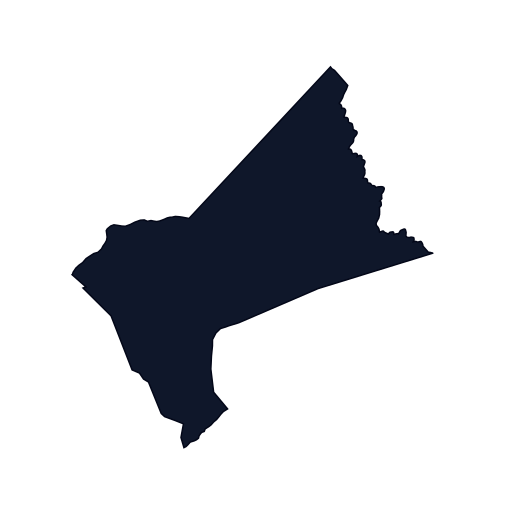 Mongomo, Wele-Nzás, Equatorial Guinea (Equal Earth projection), rotated 223°
{"feature_id": "11065452B93694652116414", "entity_name": "Mongomo", "entity_type": "district", "adm_level": 2, "iso_a3": "GNQ", "parent_name": "Equatorial Guinea", "parent_adm1": "Wele-Nzás", "projection": "equal_earth", "projection_center": [11.198, 1.625], "detail": "fine", "context": "isolated", "style": "filled", "palette": "ink", "viewbox_px": 512, "rotation_deg": 223, "n_neighbors": 0, "source": "geoboundaries", "source_scale": "gbopen_adm2", "svg_char_len": 5854}
<svg xmlns="http://www.w3.org/2000/svg" viewBox="0 0 512 512"><g transform="rotate(223 256 256)"><path d="M172.5,124.8L194.1,127.5L211.9,142.5L220.3,152.4L226.5,160.5L230.8,165.2L232.8,172.3L232.5,178.7L229.8,183.4L228.3,186.4L223.1,195.4L188.4,274.5L128.7,378.5L128.9,378.6L129.0,378.5L129.2,378.4L131.1,377.4L132.5,376.3L140.8,377.1L141.2,377.6L141.9,378.1L143.1,378.7L144.6,379.1L144.9,379.1L145.2,379.1L145.6,378.9L145.8,378.7L146.0,378.4L147.1,376.5L149.0,375.7L149.6,375.2L150.7,373.6L151.1,374.9L151.2,375.2L151.4,375.5L151.5,375.7L152.4,376.5L152.6,376.7L152.9,376.9L153.3,376.9L153.5,376.8L153.8,376.7L155.2,375.8L155.6,375.4L156.6,373.9L158.5,372.6L160.1,372.9L162.2,375.5L162.5,375.8L164.6,377.1L164.9,377.2L165.1,377.2L165.5,377.2L165.8,377.0L165.9,376.9L166.1,376.7L166.3,376.4L167.4,374.0L167.5,373.7L167.6,373.4L167.6,372.9L167.6,372.5L167.1,370.4L167.1,370.0L166.8,369.3L167.3,369.2L167.5,369.1L167.9,368.7L169.2,367.0L169.5,366.5L169.6,366.3L169.7,365.7L169.8,365.7L171.0,366.8L171.3,367.0L171.5,367.1L171.9,367.2L172.3,367.0L172.5,366.9L172.7,366.7L173.9,365.2L174.2,364.7L174.3,364.2L174.3,363.7L174.2,363.1L174.0,362.4L178.4,360.9L179.1,361.1L179.3,361.1L179.7,361.1L180.0,361.0L180.3,360.7L180.6,360.3L181.5,358.4L181.9,357.7L182.6,358.2L184.1,359.3L184.4,359.5L186.0,360.1L186.3,360.2L188.8,360.5L190.3,361.6L190.9,362.9L192.0,366.9L192.1,367.2L192.1,367.4L193.7,370.1L193.8,370.4L195.8,372.7L197.9,374.8L198.8,375.6L198.8,377.7L198.9,378.2L199.1,378.6L199.2,378.8L199.5,379.1L201.2,380.6L201.4,380.7L201.7,380.8L202.0,380.9L203.0,380.5L203.0,382.9L203.1,383.6L203.3,384.0L203.5,384.3L203.9,384.3L204.3,384.4L204.6,385.0L204.9,385.5L206.1,386.6L206.4,386.9L206.4,387.1L206.6,388.5L206.7,389.6L206.9,390.3L207.0,390.5L207.7,392.1L208.2,392.8L208.7,393.1L209.4,393.3L209.9,393.2L210.1,393.1L210.6,392.9L210.8,392.8L211.0,392.7L211.9,391.9L212.7,391.1L213.9,389.8L214.0,389.6L214.3,389.2L214.5,388.9L214.6,388.7L215.0,388.2L215.3,387.8L215.4,387.7L215.8,388.0L216.3,388.1L216.8,388.2L217.0,388.1L217.8,387.8L219.0,386.8L219.2,386.6L220.8,386.9L221.2,387.0L221.4,387.0L221.6,387.1L221.9,387.0L222.1,387.0L222.5,386.8L222.7,386.7L222.9,386.6L223.5,386.0L223.7,385.8L223.8,385.8L224.0,385.8L224.4,386.1L224.6,386.2L225.2,386.5L225.3,386.5L225.6,386.7L225.8,387.0L226.0,387.3L226.4,387.6L227.1,387.9L227.5,387.9L228.0,387.8L228.5,387.5L228.7,387.4L228.8,387.4L229.4,386.9L230.9,386.0L231.0,386.5L231.5,387.5L231.6,387.9L231.8,388.5L231.9,388.9L232.0,389.2L232.0,389.4L232.3,389.9L232.8,390.8L233.4,391.4L233.5,391.5L233.9,391.9L234.4,392.4L234.7,392.9L235.0,393.2L235.5,393.5L235.9,393.6L236.3,393.9L236.9,394.1L237.5,394.2L238.2,394.4L238.4,394.7L238.5,395.0L239.1,396.2L239.5,397.2L239.6,397.4L239.7,397.7L240.3,398.9L240.4,399.0L240.6,399.2L240.8,399.4L241.5,399.8L241.9,399.8L242.5,399.7L243.2,399.5L243.8,399.1L244.1,398.8L244.5,399.2L245.2,399.7L245.6,400.2L245.8,400.4L246.0,400.6L246.3,400.8L246.5,400.9L247.0,401.0L247.4,401.1L248.0,401.0L248.2,400.8L248.8,400.3L249.1,399.7L249.2,399.3L249.4,398.5L249.8,397.6L249.9,397.8L250.1,398.2L250.2,398.4L250.4,398.7L250.6,399.0L250.8,399.1L251.0,399.3L251.3,399.5L251.6,399.5L251.9,399.5L252.3,399.5L253.0,399.2L253.6,398.6L254.0,398.0L254.4,397.5L254.9,396.9L255.2,396.7L255.5,396.5L255.9,396.7L256.1,397.0L256.3,397.1L256.5,397.3L256.8,397.4L257.2,397.7L257.4,397.8L257.5,397.9L257.7,398.0L258.1,398.2L258.7,398.4L259.0,398.4L259.2,398.5L259.9,398.4L260.2,398.3L260.4,398.2L260.5,398.1L261.4,397.4L261.6,397.9L261.8,398.4L262.1,399.3L262.4,400.5L262.5,401.8L262.5,404.6L262.6,405.4L262.7,405.7L262.8,406.0L263.1,406.6L263.3,406.8L263.4,407.1L264.0,407.7L264.2,408.0L264.6,408.8L264.9,409.4L265.0,409.8L265.1,410.4L265.1,410.8L265.1,411.8L265.1,412.0L265.3,413.1L265.5,414.0L265.8,414.7L266.1,415.1L266.7,415.5L267.0,415.7L267.3,415.7L267.9,415.8L268.1,415.7L268.3,415.7L268.8,415.5L269.1,415.3L269.3,415.2L269.8,414.7L269.9,414.8L270.3,415.1L270.8,415.2L271.3,415.1L271.8,414.9L272.0,415.2L272.1,415.4L272.2,415.6L272.6,416.0L272.8,416.2L272.9,416.4L273.3,416.6L273.9,416.9L274.9,417.7L275.6,418.1L276.2,418.2L276.6,418.1L276.8,418.0L277.0,418.0L277.3,417.9L277.7,417.7L278.7,417.1L279.2,417.0L279.5,417.1L280.1,417.4L280.5,417.6L280.9,418.0L281.0,418.1L281.5,418.6L281.9,419.0L282.3,419.1L282.5,419.2L282.7,419.3L283.1,419.3L283.7,419.3L284.2,419.0L284.9,418.6L285.7,417.8L286.4,417.5L286.5,417.6L286.7,418.0L287.2,419.2L287.6,419.9L287.8,420.5L288.1,421.0L288.3,421.5L288.8,422.4L289.4,423.2L289.9,423.7L290.5,423.9L290.7,424.0L291.0,424.1L291.9,424.1L292.5,423.9L293.5,423.2L293.9,422.8L294.2,422.3L294.3,422.4L295.0,423.4L295.5,423.8L296.2,424.2L296.9,424.4L297.1,424.4L297.2,424.5L297.9,424.5L298.1,424.4L298.8,424.2L299.1,424.0L299.3,423.8L299.3,423.7L299.7,427.4L300.6,430.8L302.0,433.8L302.7,436.1L303.5,439.3L305.2,443.3L325.2,445.3L328.3,444.7L330.5,445.1L330.6,237.8L336.6,234.0L339.0,232.3L342.0,229.9L343.9,227.1L345.4,225.6L346.9,223.3L348.1,220.4L349.2,218.1L350.5,215.6L352.2,213.4L354.4,211.9L357.0,210.3L359.0,207.4L360.2,206.9L362.3,206.2L365.0,203.3L367.7,198.1L369.4,193.4L371.8,188.7L374.4,186.5L378.0,184.1L381.2,181.9L382.7,178.9L383.3,174.5L382.8,172.4L379.8,170.0L377.7,168.2L375.9,165.4L375.1,162.2L374.7,159.0L373.8,155.8L374.1,150.9L376.3,147.2L377.6,142.1L378.5,138.3L378.3,132.9L379.2,128.5L379.5,124.4L378.7,119.5L377.8,117.6L377.8,116.9L359.3,117.4L360.7,114.6L321.2,113.4L268.9,88.2L261.4,90.9L254.3,89.3L248.7,90.5L217.9,76.2L213.3,76.2L202.8,80.6L194.6,83.8L187.1,72.1L178.0,66.7L177.2,69.0L177.1,71.6L177.2,74.7L177.1,75.2L175.1,78.7L174.2,81.0L173.8,83.5L175.0,85.6L175.1,86.2L175.5,89.3L175.4,89.4L175.5,89.6L175.4,89.8L175.4,90.0L174.2,92.4L175.1,94.4L175.2,95.1L175.1,95.4L174.1,99.4L173.7,101.8L173.8,105.8L173.3,109.5L173.5,112.8L173.8,116.2L173.8,119.8L173.7,120.3L172.5,124.8Z" fill="#0f172a" stroke="#020617" stroke-width="1.5"/></g></svg>